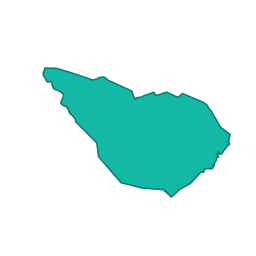 outline of Yocon, Olancho, Honduras, rotated 23°
{"feature_id": "27666195B97236146307678", "entity_name": "Yocon", "entity_type": "district", "adm_level": 2, "iso_a3": "HND", "parent_name": "Honduras", "parent_adm1": "Olancho", "projection": "natural_earth1", "projection_center": [-86.786, 14.955], "detail": "fine", "context": "isolated", "style": "filled", "palette": "teal", "viewbox_px": 256, "rotation_deg": 23, "n_neighbors": 0, "source": "geoboundaries", "source_scale": "gbopen_adm2", "svg_char_len": 4991}
<svg xmlns="http://www.w3.org/2000/svg" viewBox="0 0 256 256"><g transform="rotate(23 128 128)"><path d="M77.2,142.6L105.1,153.9L112.0,165.8L142.9,181.1L164.6,177.7L184.2,171.1L184.6,171.0L185.2,171.1L185.9,171.5L186.0,171.6L186.6,171.9L187.4,171.9L187.9,171.9L188.1,171.6L188.2,171.9L188.3,172.1L188.4,172.3L188.6,172.4L188.8,172.4L189.2,172.4L189.7,172.5L190.0,172.5L190.3,172.7L190.6,173.1L190.8,173.3L191.0,173.5L191.6,173.4L192.4,173.4L192.7,173.4L193.0,173.5L193.3,173.7L193.3,173.8L193.4,174.0L193.5,174.1L193.6,174.3L193.9,174.5L194.0,174.6L194.4,174.6L194.5,174.5L194.8,174.3L195.0,174.1L195.3,173.9L199.6,164.3L207.1,154.7L212.3,140.4L212.3,140.2L212.9,139.5L213.2,139.6L213.5,139.7L213.8,139.7L214.1,139.7L214.4,139.5L214.6,139.3L214.7,139.1L214.8,138.9L214.8,138.5L214.9,138.1L214.9,137.6L214.8,137.4L214.8,137.1L214.8,136.8L214.6,136.4L214.6,136.0L214.5,135.8L214.6,135.7L214.8,135.5L215.0,135.4L215.3,135.3L215.6,135.2L215.9,135.1L216.1,135.0L216.3,134.9L216.5,134.7L216.8,134.1L216.9,133.9L217.0,133.9L217.8,133.7L218.2,133.7L218.5,133.8L218.9,133.9L219.2,134.0L219.3,134.0L219.5,134.0L219.6,133.9L219.8,133.6L220.0,133.4L220.2,133.0L220.4,132.8L220.5,132.6L221.2,132.3L221.3,132.4L221.5,132.3L221.7,132.2L221.8,132.0L221.8,131.9L221.8,131.4L221.9,130.7L221.9,130.4L221.9,130.2L221.2,129.3L221.2,129.1L221.1,128.9L221.3,128.8L221.9,128.6L221.9,128.3L221.8,128.1L221.2,127.4L221.2,127.2L221.3,126.9L221.5,126.7L221.6,126.4L221.5,126.2L221.4,126.0L221.2,125.7L221.2,125.4L221.3,125.3L221.4,125.1L221.5,125.0L221.7,124.9L221.8,124.6L221.9,124.4L221.8,123.8L221.6,122.6L221.5,122.0L221.3,121.7L221.3,121.1L221.3,120.5L221.3,120.2L221.5,120.0L221.8,120.0L222.2,119.9L222.5,119.7L222.8,119.4L222.7,119.2L222.2,119.0L222.1,118.9L221.7,118.5L221.6,118.2L221.3,118.0L221.1,117.9L220.8,117.9L220.4,117.9L220.0,117.9L219.9,117.9L219.7,117.8L219.7,117.6L219.7,117.4L219.8,117.3L220.0,117.2L220.3,116.9L220.5,116.7L220.7,116.4L220.8,116.2L220.9,115.9L220.6,114.8L220.5,114.6L220.8,114.7L221.1,115.0L221.4,115.4L221.8,116.0L222.0,116.4L222.2,116.5L222.3,116.5L222.5,116.5L223.3,116.0L223.6,115.6L224.2,115.1L224.3,114.9L224.5,114.7L224.6,114.4L224.6,114.2L224.8,112.2L224.8,111.8L224.9,111.5L225.0,111.3L225.2,110.7L225.4,110.0L225.4,109.8L225.4,109.5L225.5,109.4L225.6,109.2L225.7,108.9L225.9,108.5L225.9,108.2L226.0,107.4L226.2,106.7L226.3,106.5L226.4,106.2L226.9,104.8L227.1,104.4L227.4,104.0L227.6,103.7L227.8,103.6L227.8,103.4L227.7,103.0L227.6,102.6L227.4,102.4L226.9,102.1L226.4,101.9L225.9,101.8L224.6,94.1L213.2,91.2L211.3,89.9L197.9,79.8L197.8,79.6L197.6,79.6L197.1,79.4L196.2,79.0L195.2,78.6L194.5,78.2L194.3,78.1L194.0,77.8L193.1,77.0L192.9,76.9L192.7,76.9L192.4,76.7L192.2,76.4L191.9,76.2L191.6,75.9L191.4,75.8L191.2,75.8L191.0,75.7L189.6,75.6L189.4,75.5L189.1,75.4L188.7,75.2L188.4,75.1L188.2,75.0L182.7,74.9L164.6,75.0L162.9,78.9L162.5,79.0L162.3,79.1L161.6,79.9L161.4,80.4L160.9,80.7L160.6,80.7L160.3,80.5L159.9,80.3L149.4,79.9L142.0,86.7L141.9,86.7L141.8,86.8L141.6,86.8L141.3,86.6L141.2,86.6L140.9,86.7L140.8,86.9L140.7,86.9L140.4,86.9L140.1,86.7L139.8,86.5L139.7,86.4L139.2,86.3L139.1,86.2L138.9,86.2L138.3,85.3L138.1,85.2L137.9,85.0L132.4,89.9L129.1,93.1L129.0,93.4L128.9,93.6L128.6,93.9L127.9,94.5L127.5,94.8L126.8,95.2L126.2,95.5L125.1,96.2L124.6,96.5L124.3,96.8L123.8,97.6L123.6,98.3L123.3,98.8L123.0,98.9L117.0,92.5L91.0,91.8L88.2,90.9L86.2,90.4L85.7,90.5L85.2,90.7L84.6,91.1L83.9,91.5L83.1,92.1L82.1,92.7L81.2,93.3L80.8,94.5L80.5,94.8L79.7,95.4L79.1,95.8L78.5,96.3L77.8,96.8L76.8,97.7L74.8,97.8L70.0,98.1L52.3,99.5L38.6,101.1L28.2,105.2L28.2,105.8L28.3,107.9L28.4,109.1L28.5,109.8L28.5,110.2L28.6,110.6L28.7,111.1L28.9,111.5L29.1,111.9L29.2,112.1L29.3,112.2L29.5,112.5L29.8,112.8L30.0,112.9L30.3,113.1L32.2,114.4L32.4,114.5L32.6,114.9L32.9,115.1L33.7,115.8L34.8,116.7L35.1,116.9L35.3,117.0L35.5,117.1L36.0,117.0L36.4,116.9L36.9,116.7L38.0,115.9L38.7,115.5L38.8,115.4L39.0,115.4L39.3,115.5L39.5,115.6L39.8,115.8L40.0,116.0L40.5,116.7L41.6,118.2L41.9,118.7L42.2,119.0L42.9,119.6L43.7,120.2L44.1,120.5L44.5,120.7L44.8,120.8L45.1,120.9L45.7,121.0L46.0,121.0L47.1,120.9L48.6,120.9L50.8,120.9L51.6,120.9L51.8,121.0L52.5,121.3L53.7,121.7L53.9,121.8L54.2,121.8L54.5,121.9L54.7,122.0L55.0,122.1L55.3,122.3L55.4,122.5L55.6,122.7L55.8,123.0L55.9,123.3L56.0,123.5L56.0,123.8L56.1,124.5L56.2,125.7L56.1,126.9L56.1,128.5L56.1,129.1L56.1,129.5L56.1,130.0L56.3,130.8L56.4,131.1L56.5,131.4L56.6,131.5L56.8,131.6L57.0,131.7L58.1,132.1L58.3,132.2L58.6,132.4L58.8,132.5L59.0,132.5L59.8,132.6L60.3,132.6L60.7,132.6L61.1,132.6L61.6,132.4L61.8,132.4L62.0,132.4L62.3,132.4L62.6,132.4L62.8,132.4L63.2,132.5L63.5,132.7L63.8,132.9L64.5,133.4L65.2,134.0L65.8,134.5L66.8,135.4L67.1,135.7L67.4,136.2L67.5,136.3L68.5,136.9L69.6,137.6L69.8,137.6L70.4,137.7L70.7,137.7L71.1,137.9L71.8,138.3L73.2,138.8L73.7,139.1L74.7,139.6L75.2,139.9L75.7,140.3L76.2,140.7L76.4,140.9L76.8,141.4L76.9,141.6L77.0,141.8L77.2,142.1L77.2,142.3L77.2,142.6Z" fill="#14b8a6" stroke="#0f766e" stroke-width="1.5"/></g></svg>